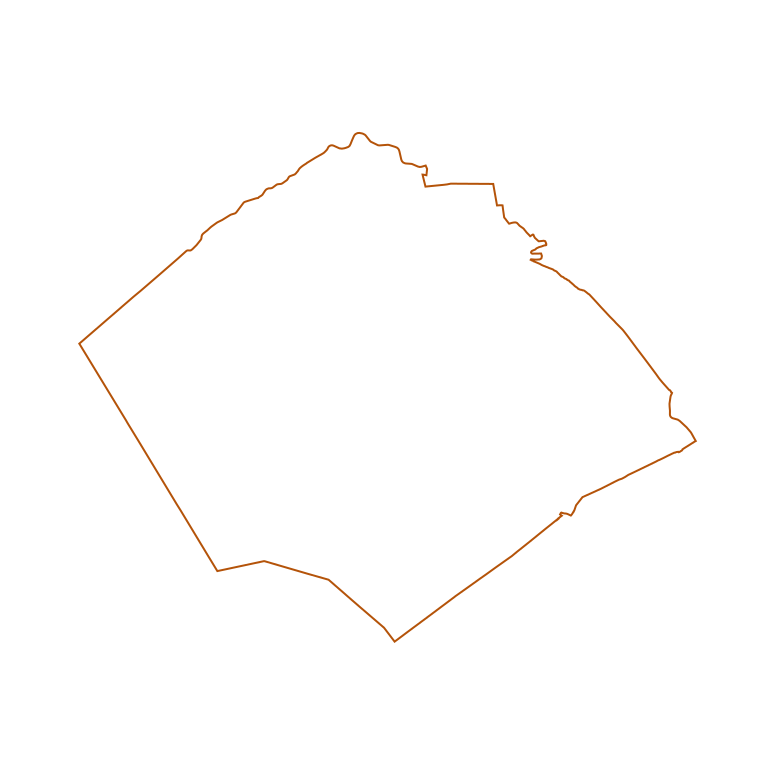 the district of Gemert-Bakel, Noord-Brabant, Netherlands, rotated 157°
{"feature_id": "6326949B55320992871196", "entity_name": "Gemert-Bakel", "entity_type": "district", "adm_level": 2, "iso_a3": "NLD", "parent_name": "Netherlands", "parent_adm1": "Noord-Brabant", "projection": "albers", "projection_center": [5.722, 51.541], "detail": "fine", "context": "isolated", "style": "outline", "palette": "amber", "viewbox_px": 768, "rotation_deg": 157, "n_neighbors": 0, "source": "geoboundaries", "source_scale": "gbopen_adm2", "svg_char_len": 6094}
<svg xmlns="http://www.w3.org/2000/svg" viewBox="0 0 768 768"><g transform="rotate(157 384 384)"><path d="M119.3,209.7L119.8,214.1L120.2,218.0L120.3,218.8L120.5,219.9L122.5,226.2L122.8,226.8L126.2,234.4L126.7,235.2L127.2,235.9L127.5,236.4L128.0,236.8L131.5,239.6L131.9,240.0L132.3,240.5L132.6,241.1L132.9,241.7L133.0,242.3L133.0,243.0L132.9,243.7L132.7,244.3L131.6,246.8L131.2,247.7L129.9,251.7L129.4,253.0L128.9,254.3L128.0,255.8L125.2,260.4L124.4,261.4L123.2,262.4L122.3,263.3L122.4,263.6L122.8,264.0L122.9,264.3L122.9,264.5L122.8,264.9L123.3,266.7L123.9,267.2L126.2,274.0L127.1,276.7L128.4,281.0L128.9,283.1L129.7,286.8L130.5,290.1L133.9,304.0L135.7,311.1L137.4,317.8L140.9,332.4L142.7,339.3L143.2,340.9L146.6,349.4L147.4,351.8L148.6,354.8L149.7,357.5L154.3,370.1L155.2,372.7L157.8,380.1L160.1,386.4L160.5,386.8L160.9,387.5L161.9,389.4L163.1,391.5L163.5,392.0L163.9,392.3L164.6,392.6L164.8,392.8L165.1,393.3L166.0,393.8L166.5,394.2L166.9,394.5L167.1,394.7L167.6,395.4L168.0,395.7L168.1,395.9L168.3,396.6L168.5,397.1L168.9,397.6L169.4,398.4L169.7,399.0L169.9,399.2L170.2,399.8L170.9,401.6L171.6,402.9L171.8,403.5L172.3,404.4L172.7,405.1L173.0,405.9L173.2,406.4L173.2,406.7L173.4,406.9L173.7,407.3L174.5,408.0L174.7,408.3L174.8,408.8L175.0,409.1L175.2,409.4L176.3,410.5L176.6,410.8L177.1,412.1L177.3,412.4L178.0,413.1L178.5,413.6L178.7,413.8L178.8,414.1L179.2,415.0L179.6,416.0L180.1,417.3L180.8,418.9L181.1,419.9L181.6,420.6L182.1,421.2L182.7,421.7L183.0,422.1L183.7,423.4L184.1,423.8L185.0,424.7L185.6,425.2L186.1,425.7L187.1,426.6L187.4,427.0L187.8,427.5L188.7,428.2L189.8,429.4L190.9,430.4L192.4,432.0L193.4,433.4L194.6,434.7L197.7,437.9L198.4,438.5L198.5,438.7L198.6,439.1L199.1,439.5L199.5,439.8L199.6,440.0L199.9,440.3L200.1,440.7L200.4,441.0L200.0,441.3L199.3,441.0L196.6,439.6L194.7,438.8L192.7,438.1L192.2,437.9L191.3,437.9L190.2,438.1L189.9,438.3L188.9,439.7L188.6,440.3L188.5,441.9L188.4,442.7L196.7,446.1L197.2,447.0L197.3,447.5L196.7,448.3L195.8,448.7L193.1,448.7L192.1,448.7L191.4,449.0L191.0,449.2L190.4,449.3L187.9,449.4L184.8,449.0L184.2,449.1L183.9,449.0L182.1,448.9L181.6,448.7L180.9,448.5L180.4,448.5L180.2,448.8L180.1,449.0L180.0,450.0L179.8,450.1L179.8,452.4L180.0,452.5L180.5,453.0L180.9,453.4L185.5,454.8L185.9,455.0L186.8,456.9L188.0,459.6L188.2,461.5L188.1,462.5L188.2,463.1L188.4,463.3L188.6,463.4L188.8,463.4L191.7,462.9L192.3,464.7L193.3,467.2L193.7,468.4L194.1,470.0L194.4,470.8L194.6,471.9L194.9,472.6L195.1,473.0L195.3,473.4L196.1,474.6L196.7,475.6L197.4,476.7L198.0,478.6L198.2,479.1L198.6,480.2L199.0,480.7L199.5,481.1L199.8,481.3L200.1,481.5L201.0,481.8L201.6,482.0L203.5,482.4L205.9,482.6L206.3,482.8L206.4,483.3L207.4,487.0L207.6,488.0L208.3,490.3L207.3,494.1L206.1,498.6L205.1,502.1L205.6,502.4L207.3,503.2L210.2,504.2L205.3,525.5L244.2,542.3L245.1,542.5L248.0,543.1L251.5,544.1L253.7,544.8L268.7,549.5L266.8,561.2L266.7,561.7L266.1,561.4L263.4,559.6L261.3,563.3L260.3,565.1L260.3,568.8L264.6,569.3L266.3,569.8L267.8,570.9L271.7,575.0L272.4,575.7L273.3,576.2L277.8,578.5L278.6,579.1L279.8,580.4L279.9,580.7L280.4,582.1L280.4,583.8L278.9,592.2L278.8,594.0L279.1,595.3L279.8,596.6L281.2,598.0L286.0,602.1L286.5,602.4L286.8,602.6L287.6,602.9L295.0,605.4L295.7,605.8L296.4,606.3L296.8,606.8L300.8,611.4L301.2,611.8L301.5,612.3L301.8,612.9L302.0,613.5L303.5,619.0L303.8,620.1L304.2,620.9L304.5,621.3L305.4,622.4L305.9,622.9L306.4,623.3L308.5,624.7L309.4,625.0L309.9,625.2L310.6,625.3L311.3,625.3L312.4,625.2L312.9,625.1L313.9,624.6L314.8,624.0L316.1,622.8L318.2,620.8L321.1,617.9L322.1,617.1L322.4,616.8L323.1,616.5L323.5,616.4L324.2,616.2L324.7,616.2L326.9,616.3L328.5,616.5L330.8,617.1L331.0,617.2L332.5,618.1L332.9,618.3L337.3,623.1L338.3,623.9L339.3,624.3L339.7,624.4L340.8,624.4L341.2,624.4L341.4,624.3L342.1,624.1L342.5,623.9L342.9,623.6L344.6,622.2L344.9,622.0L347.1,621.0L349.0,620.3L350.7,620.0L358.8,619.1L368.0,617.7L368.4,617.7L369.1,617.4L372.1,616.9L373.6,616.6L375.2,616.2L377.0,615.6L377.7,615.3L378.8,614.6L379.9,613.8L380.6,613.4L382.1,612.7L382.7,612.3L383.7,612.0L384.2,611.8L384.8,611.8L388.8,612.0L389.5,612.0L389.8,612.0L390.2,611.9L390.8,611.6L391.1,611.4L392.8,610.1L393.3,609.8L394.2,609.5L398.8,608.5L399.5,608.4L400.5,608.4L403.7,609.4L404.0,609.4L404.6,609.5L405.2,609.4L409.7,608.3L410.5,608.2L411.3,608.3L412.1,608.5L413.5,609.1L414.4,609.2L415.0,609.2L415.7,609.2L416.3,609.1L416.9,608.9L417.5,608.6L418.1,608.3L421.5,606.0L422.0,605.7L422.6,605.5L423.3,605.3L426.1,604.9L427.2,604.4L428.7,604.8L430.1,605.0L440.4,606.0L441.4,606.0L442.3,605.8L443.0,605.4L452.7,599.8L453.2,599.6L453.7,599.4L454.1,599.3L454.9,599.3L458.3,599.7L459.3,599.7L466.4,598.6L469.0,598.2L474.1,597.9L474.8,597.8L481.4,596.3L483.0,595.8L486.8,594.4L487.7,594.2L491.7,593.1L493.1,592.4L494.2,591.2L495.0,589.7L495.6,588.9L496.4,588.3L502.3,585.1L507.8,582.9L509.8,582.5L511.3,583.1L512.0,583.5L512.9,583.8L513.8,583.7L514.2,583.6L518.9,582.0L524.7,580.0L549.0,572.1L571.8,564.8L578.5,562.8L580.8,562.1L648.7,540.2L635.6,450.7L635.6,450.3L635.1,446.7L632.1,426.4L621.8,354.5L620.6,347.0L615.1,308.6L612.9,293.3L611.5,283.7L610.5,276.9L564.0,267.9L563.1,267.5L528.0,238.8L511.5,225.5L497.9,197.5L493.6,188.7L479.2,159.6L474.9,142.7L459.0,146.6L433.0,152.9L402.1,160.5L401.1,160.8L382.8,164.8L371.2,167.4L364.6,168.8L353.2,171.4L336.7,175.0L333.8,175.6L327.1,177.6L313.4,181.4L298.1,185.8L291.5,187.7L279.4,191.1L278.0,191.5L278.0,191.2L276.0,191.8L276.0,192.0L275.2,192.3L275.3,192.4L271.8,193.3L272.9,195.1L271.7,196.1L271.3,196.3L271.1,196.3L270.9,196.3L270.2,195.6L268.6,194.4L267.2,193.7L266.0,192.8L263.4,189.9L262.9,190.1L261.5,190.9L258.7,193.0L258.7,192.9L258.1,193.4L254.6,197.3L245.5,202.3L225.1,202.8L209.5,203.9L205.3,204.1L204.6,204.1L202.4,203.9L201.7,203.9L198.4,204.2L194.5,204.9L193.9,204.9L191.0,205.0L164.2,206.3L161.1,206.6L160.5,206.5L155.9,206.7L150.1,207.1L149.3,207.1L145.8,207.3L144.4,207.3L143.6,207.4L143.0,207.1L142.8,207.1L141.5,207.1L139.6,206.6L139.3,206.0L138.3,206.0L136.9,206.3L136.5,206.3L136.1,206.3L135.1,206.8L134.8,207.2L132.8,207.6L120.5,209.6L119.3,209.7Z" fill="none" stroke="#b45309" stroke-width="2"/></g></svg>